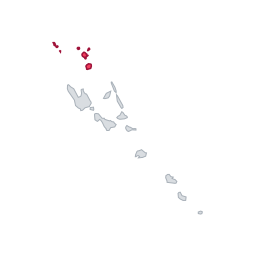 Vanuatu, with Torba highlighted, rotated 343°
{"feature_id": "VUT-560", "entity_name": "Torba", "entity_type": "Province", "adm_level": 1, "iso_a3": "VUT", "parent_name": "Vanuatu", "parent_adm1": "", "projection": "mercator", "projection_center": [167.217, -13.692], "detail": "fine", "context": "in_parent", "style": "filled", "palette": "rose", "viewbox_px": 256, "rotation_deg": 343, "n_neighbors": 0, "source": "natural_earth", "source_scale": "10m", "svg_char_len": 3881}
<svg xmlns="http://www.w3.org/2000/svg" viewBox="0 0 256 256"><g transform="rotate(343 128 128)"><path d="M87.6,74.6L89.4,84.1L91.5,84.0L92.5,83.5L93.7,81.3L94.3,77.8L95.4,77.4L96.7,77.7L96.1,78.8L96.5,81.6L97.6,83.2L98.3,83.4L99.7,90.7L100.2,92.2L100.1,93.5L97.2,96.2L92.9,96.1L89.8,97.7L87.9,97.6L88.0,95.8L86.3,94.3L84.4,91.2L84.9,85.6L81.6,75.3L81.5,72.7L82.7,69.3L83.8,69.2L85.3,72.0L87.6,74.6ZM106.0,111.0L107.3,111.6L108.0,111.6L108.4,113.0L112.4,115.8L113.4,115.7L114.4,117.2L116.1,118.0L116.5,119.6L117.7,121.2L115.6,123.1L111.5,122.6L109.2,124.8L107.0,124.2L106.7,123.0L107.0,122.7L105.7,119.7L105.1,115.3L104.3,112.7L103.3,111.5L101.4,112.5L100.6,112.7L98.8,110.5L99.7,106.2L100.1,104.9L101.6,104.7L103.9,105.8L106.0,111.0ZM159.1,193.4L157.8,194.8L156.7,194.6L149.5,191.4L149.8,190.0L149.5,186.6L150.3,184.7L152.3,184.0L153.8,184.4L154.8,187.1L156.9,188.2L155.4,189.2L158.0,191.2L159.1,193.4ZM134.6,152.7L137.3,156.8L138.4,157.2L136.7,160.1L133.3,160.4L129.2,159.6L130.7,158.6L129.9,157.5L128.7,157.2L127.3,157.8L126.6,157.6L127.5,155.7L129.8,153.0L130.5,152.8L131.1,152.8L131.7,153.0L134.6,152.7ZM130.4,117.9L127.3,118.2L122.8,117.3L121.1,116.1L120.3,114.8L121.8,113.9L124.0,113.4L126.8,110.6L127.7,111.7L128.7,114.9L129.9,115.8L130.5,116.8L130.4,117.9ZM163.4,210.9L162.0,214.1L159.5,213.4L157.1,211.1L155.9,209.1L156.7,205.2L157.9,204.5L159.2,204.7L159.8,208.5L163.4,210.9ZM128.1,107.4L127.7,107.4L127.2,106.1L125.6,99.1L126.7,92.8L127.3,94.1L129.6,105.1L129.3,106.9L128.1,107.4ZM134.6,130.6L135.4,131.1L135.0,132.3L131.2,130.9L128.1,131.4L127.3,131.4L126.3,130.3L125.7,128.1L126.0,126.6L127.3,125.5L127.7,125.3L128.7,126.6L129.6,127.5L130.4,127.9L132.4,130.1L134.6,130.6ZM119.8,92.0L117.9,93.4L114.5,93.2L113.2,92.5L117.4,88.5L122.3,87.7L119.8,92.0ZM110.8,58.5L109.6,59.9L106.5,59.4L105.8,59.1L106.0,56.7L106.8,55.8L108.6,55.1L111.2,56.3L110.8,58.5ZM108.1,48.4L107.7,48.7L107.1,48.5L105.4,45.0L105.9,43.9L107.9,42.8L109.7,44.7L109.9,45.7L109.9,46.6L109.6,47.4L108.4,47.7L108.1,48.4ZM127.5,89.0L127.0,90.7L125.8,88.7L125.1,80.0L125.4,79.2L126.0,79.2L127.4,85.2L127.5,89.0ZM174.6,229.9L173.6,231.5L172.2,231.5L170.2,230.4L170.6,228.9L172.8,228.7L173.4,228.8L174.6,229.9ZM100.7,100.3L100.2,101.0L97.2,99.2L97.9,97.4L101.1,98.0L100.7,100.3Z" fill="#d9dde1" stroke="#a8b0b8" stroke-width="1"/><path d="M108.8,55.0L109.1,55.1L110.8,55.9L111.1,56.1L111.3,56.4L111.1,57.9L111.0,58.2L110.9,58.3L110.1,59.5L109.8,60.0L109.5,60.1L109.2,60.1L107.3,60.0L106.9,60.1L106.5,60.1L106.2,60.0L105.9,59.8L105.7,59.7L105.7,59.2L106.0,58.7L105.8,57.1L105.9,56.6L106.1,56.3L106.3,56.2L107.0,55.6L107.4,55.6L107.9,55.6L108.1,55.5L108.6,55.1L108.8,55.0ZM107.1,48.7L107.1,48.1L107.0,47.8L106.7,47.5L106.2,47.0L105.5,46.1L105.4,45.5L105.4,44.7L105.6,44.1L106.0,43.6L106.5,43.3L107.7,42.7L108.1,42.7L108.5,43.0L109.0,43.5L109.8,45.0L110.1,45.3L109.8,45.7L109.6,45.9L109.8,46.3L110.0,46.4L110.3,46.5L110.5,46.7L110.8,46.7L110.9,47.0L110.7,47.1L110.3,47.0L109.9,47.4L109.4,47.6L108.8,47.8L108.1,47.8L108.3,48.0L108.1,48.2L108.4,48.9L108.0,49.4L107.4,49.4L107.1,48.7ZM82.9,27.0L82.7,27.1L82.7,27.4L82.7,27.6L82.6,27.8L82.3,28.0L81.9,27.7L81.6,27.4L81.5,27.0L81.6,26.4L81.7,25.6L81.8,25.3L81.7,25.1L81.4,24.8L81.4,24.5L82.3,24.7L82.5,24.9L82.7,25.2L82.8,25.8L82.9,26.0L82.8,26.4L82.7,26.5L82.9,27.0ZM103.7,37.1L103.9,37.5L104.2,37.6L104.5,37.5L104.9,37.3L104.8,38.0L104.5,38.3L104.0,38.3L103.3,38.3L103.1,37.9L102.8,37.4L102.8,36.9L103.2,36.5L103.9,36.3L104.3,36.6L104.3,37.0L103.7,37.1ZM114.0,40.2L114.3,40.4L114.4,40.8L114.4,41.3L114.3,41.6L114.1,41.7L113.6,41.9L113.1,42.0L112.6,42.0L112.4,42.3L112.2,42.3L112.1,42.1L113.1,40.7L113.5,40.4L114.0,40.2ZM82.9,29.3L83.3,28.9L83.9,28.7L84.4,28.8L84.8,29.2L84.8,29.7L84.4,30.0L83.9,30.2L83.5,30.1L83.2,30.0L83.1,29.8L83.0,29.6L82.9,29.3ZM85.6,35.5L85.2,34.4L85.6,34.2L86.0,34.6L85.6,35.5Z" fill="#f43f5e" stroke="#9f1239" stroke-width="1.5"/></g></svg>